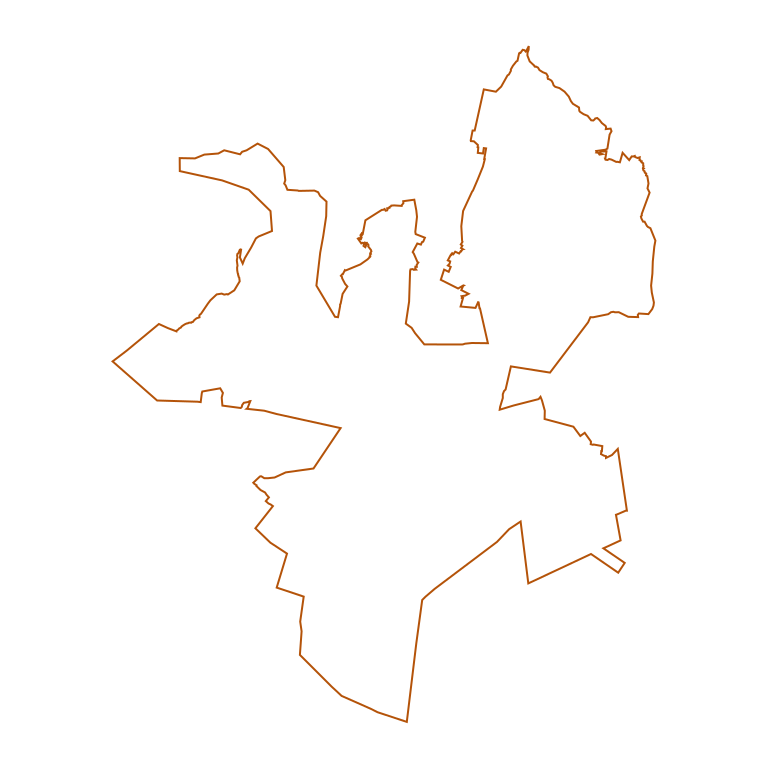 outline of Hueypoxtla, México, Mexico
{"feature_id": "50627088B31781753159925", "entity_name": "Hueypoxtla", "entity_type": "district", "adm_level": 2, "iso_a3": "MEX", "parent_name": "Mexico", "parent_adm1": "México", "projection": "orthographic", "projection_center": [-99.037, 19.951], "detail": "fine", "context": "isolated", "style": "outline", "palette": "amber", "viewbox_px": 768, "rotation_deg": 0, "n_neighbors": 0, "source": "geoboundaries", "source_scale": "gbopen_adm2", "svg_char_len": 6086}
<svg xmlns="http://www.w3.org/2000/svg" viewBox="0 0 768 768"><path d="M626.9,510.7L617.8,448.9L612.0,455.0L606.0,457.9L606.0,456.2L603.8,455.6L601.0,454.1L601.3,451.1L601.9,451.2L602.3,446.1L593.6,444.5L592.9,444.8L590.7,444.2L591.0,441.6L584.7,432.8L580.3,436.0L573.4,426.7L544.6,419.0L544.8,410.7L542.0,400.5L540.5,396.8L538.6,399.1L513.6,405.5L499.7,409.7L500.1,406.9L502.8,398.0L502.8,394.2L504.0,391.1L505.6,389.5L510.9,366.4L550.0,372.6L588.1,322.3L590.4,317.2L593.0,317.3L608.2,314.2L611.0,312.2L613.4,311.8L615.0,312.3L618.8,312.2L628.2,316.8L638.1,317.1L637.8,314.9L638.9,313.5L648.4,314.1L652.2,309.1L653.5,305.7L653.9,302.5L651.8,292.5L651.1,285.6L652.4,273.6L652.8,261.4L654.3,246.6L655.4,240.6L650.4,228.2L648.0,227.0L646.9,225.9L644.6,221.7L643.1,221.7L641.4,218.5L640.9,216.5L641.8,215.5L641.7,214.1L649.6,192.6L647.5,188.4L648.5,183.5L647.3,176.1L646.0,175.4L646.3,173.8L646.0,173.3L645.4,173.2L644.7,172.5L644.7,171.4L643.4,170.4L643.0,168.8L643.7,168.4L643.0,167.9L643.6,166.1L643.2,165.6L643.2,163.3L642.2,162.5L641.7,162.5L641.4,162.0L641.6,161.3L640.7,161.2L640.4,160.2L639.5,160.0L639.7,157.3L637.6,158.0L635.1,157.0L634.8,155.9L633.2,156.5L631.7,156.4L629.2,160.1L622.6,152.8L619.9,162.3L617.3,161.8L616.2,161.9L611.5,159.6L609.1,159.0L607.5,160.0L605.5,159.7L605.1,158.7L605.3,158.7L606.5,151.4L600.7,151.5L599.6,153.1L602.3,154.1L599.5,154.6L599.0,153.9L598.9,153.2L597.7,152.7L596.4,152.5L596.6,152.2L596.2,151.0L605.5,149.7L607.4,148.6L609.6,134.6L611.5,131.2L610.6,128.6L605.8,129.1L606.1,127.2L605.6,126.0L601.9,123.1L599.5,120.0L597.2,118.0L595.2,118.5L594.6,119.4L593.3,120.5L591.2,120.3L587.6,115.8L583.6,114.2L580.0,111.8L579.3,110.8L579.0,107.5L572.9,103.8L570.9,101.1L568.8,96.6L564.5,91.6L559.5,88.1L555.2,86.8L553.6,85.3L552.7,82.7L551.5,80.7L549.3,79.3L547.9,78.9L547.5,77.2L547.9,76.3L546.3,73.6L542.8,72.2L539.5,70.1L538.0,67.6L536.0,66.6L535.1,66.8L534.5,66.4L534.4,65.8L529.7,61.4L527.4,55.5L527.5,52.8L528.6,49.7L528.8,46.1L526.1,51.3L525.7,51.6L524.5,50.2L522.7,49.8L520.4,53.0L519.7,52.8L519.1,53.3L517.5,60.8L516.3,61.5L512.9,65.8L510.8,69.5L510.9,70.8L508.9,74.5L507.5,75.4L501.2,86.6L495.9,91.7L483.8,89.4L474.7,130.5L472.6,130.5L470.7,140.4L470.9,141.1L473.9,141.3L477.9,145.0L477.6,147.2L478.3,147.4L477.8,152.9L483.0,153.5L483.8,148.1L486.1,148.4L484.2,159.1L484.8,159.2L482.9,166.6L477.9,179.0L472.9,190.7L472.2,191.4L463.1,211.0L461.3,226.2L462.1,240.9L462.5,241.8L460.8,244.5L462.4,245.7L461.0,248.0L463.0,249.2L462.5,249.3L461.1,251.4L460.7,251.2L459.1,253.5L455.2,251.7L453.4,254.2L452.3,253.3L451.7,254.5L451.4,254.1L450.5,255.3L447.8,260.4L450.2,261.4L449.6,263.7L447.9,265.5L450.7,266.9L448.7,271.8L444.1,269.6L440.8,279.8L458.1,288.5L463.4,285.4L463.7,285.5L463.2,285.8L461.3,290.1L468.6,293.8L465.2,295.6L461.6,296.2L461.9,296.7L461.8,298.0L463.0,298.0L460.6,306.5L475.5,307.9L478.1,302.2L478.6,302.4L479.5,308.3L480.0,308.4L487.9,343.2L471.9,343.0L465.0,343.7L462.9,344.4L461.1,344.5L424.3,344.4L415.1,333.2L411.6,327.8L405.8,323.6L409.1,301.6L410.1,270.9L410.5,269.4L412.8,269.1L413.7,269.8L416.1,269.6L415.2,268.4L415.4,266.7L416.8,266.8L416.7,264.9L418.3,262.5L417.5,262.1L413.8,253.6L412.7,252.1L417.3,243.5L420.9,244.6L422.0,242.1L423.2,241.7L424.9,237.7L415.7,234.1L415.3,231.9L417.0,216.8L416.3,210.4L414.3,199.7L403.2,201.2L403.4,203.2L401.8,205.1L401.7,205.9L394.1,205.4L391.3,205.6L390.9,206.3L389.5,207.0L389.5,207.8L387.2,208.3L387.6,209.4L387.1,210.4L385.6,210.7L384.6,209.0L383.0,209.9L381.8,209.9L365.4,220.3L362.8,233.7L362.0,233.3L361.8,234.8L361.1,234.3L360.6,235.0L361.7,235.5L360.5,237.2L361.5,237.7L360.9,239.2L358.8,238.7L358.5,238.3L357.9,238.6L361.3,243.4L362.4,242.8L363.6,243.1L364.7,242.5L365.4,242.8L364.0,243.7L364.2,244.3L363.8,244.5L363.5,245.9L365.3,247.2L366.0,245.6L365.8,244.0L366.2,242.9L366.8,242.9L366.6,244.1L368.1,244.3L368.5,245.1L368.2,246.4L371.0,250.0L371.4,251.4L370.5,252.6L370.9,253.8L370.1,254.0L370.3,256.3L369.7,256.5L369.9,257.0L367.5,259.4L360.4,264.4L345.6,270.5L344.9,270.1L342.9,274.1L342.5,274.0L340.9,275.8L341.9,276.8L342.2,278.4L345.1,283.9L347.4,286.5L342.6,293.9L340.6,303.9L340.1,304.4L340.1,306.1L338.0,317.2L335.0,316.8L316.4,285.6L320.2,252.7L323.2,236.3L326.2,216.2L326.5,201.6L320.1,195.9L318.1,192.2L314.4,190.6L298.7,190.9L297.8,190.5L287.4,189.8L285.6,185.3L284.2,183.6L285.3,180.2L283.7,167.0L268.1,149.0L257.6,143.6L246.6,150.3L242.1,151.8L240.1,154.3L224.2,150.3L218.3,153.5L204.3,154.6L195.0,158.4L179.7,158.1L179.8,171.1L222.1,180.4L248.7,189.7L270.5,211.1L272.0,231.0L258.6,236.5L255.9,238.4L251.1,247.6L244.8,258.2L242.7,263.6L239.9,257.4L241.1,249.6L240.5,249.4L239.8,249.8L238.3,253.3L237.4,253.9L237.1,255.5L237.4,257.3L236.8,260.3L237.5,265.7L237.1,267.5L237.2,270.2L237.7,273.2L238.1,273.9L238.0,274.8L238.4,275.3L238.6,276.8L239.2,277.5L239.7,281.3L234.3,290.3L227.9,294.5L227.0,294.1L224.2,294.6L221.7,293.6L216.7,294.4L210.4,300.3L207.9,303.6L201.0,313.8L199.8,314.7L199.3,315.7L199.5,317.3L196.5,318.3L194.3,320.1L192.8,322.0L191.5,322.2L191.3,322.7L189.0,322.7L187.7,323.4L187.2,323.3L185.4,324.0L183.4,325.2L181.4,326.6L181.1,327.4L179.1,328.5L178.3,329.5L176.7,330.6L176.5,331.4L167.9,328.1L158.9,324.0L126.9,350.5L112.6,361.4L157.1,400.5L197.4,401.7L200.7,402.1L201.8,393.2L202.3,391.5L220.2,388.3L222.9,392.9L221.7,397.5L222.4,405.6L240.7,408.0L241.8,406.9L242.2,405.0L243.8,402.8L248.2,402.0L249.4,401.2L250.3,401.1L247.5,408.2L246.7,408.8L264.2,410.7L276.5,414.0L340.6,428.1L313.5,468.5L285.7,472.4L274.6,477.5L268.0,478.2L264.3,478.2L261.3,476.3L260.5,476.3L259.9,476.5L253.3,482.7L254.3,483.8L256.6,485.3L256.4,486.0L260.5,490.0L265.1,492.5L266.5,494.7L268.9,497.4L265.8,501.1L268.5,503.5L270.7,504.5L272.9,506.1L255.4,528.3L270.4,542.7L287.0,553.6L276.7,587.6L303.7,596.6L300.2,621.6L301.6,631.3L299.9,654.9L331.6,686.6L341.6,695.9L371.2,709.0L377.5,712.2L406.8,721.9L416.3,643.3L422.2,600.0L425.4,596.8L434.5,589.0L497.0,541.9L509.1,529.2L520.6,521.5L528.3,583.4L591.0,554.0L618.2,572.7L624.7,562.9L603.4,548.3L620.6,540.4L615.8,513.9L616.2,514.8L625.7,510.7L626.9,510.7Z" fill="none" stroke="#b45309" stroke-width="2"/></svg>